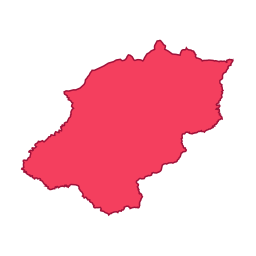 the district of Calvas, Loja, Ecuador, rotated 87°
{"feature_id": "8360857B77805583896778", "entity_name": "Calvas", "entity_type": "district", "adm_level": 2, "iso_a3": "ECU", "parent_name": "Ecuador", "parent_adm1": "Loja", "projection": "natural_earth1", "projection_center": [-79.585, -4.34], "detail": "fine", "context": "isolated", "style": "filled", "palette": "rose", "viewbox_px": 256, "rotation_deg": 87, "n_neighbors": 0, "source": "geoboundaries", "source_scale": "gbopen_adm2", "svg_char_len": 5843}
<svg xmlns="http://www.w3.org/2000/svg" viewBox="0 0 256 256"><g transform="rotate(87 128 128)"><path d="M123.9,33.5L122.0,33.7L120.7,35.0L120.0,34.8L119.5,36.0L118.2,35.4L117.4,36.7L116.0,35.8L114.4,36.0L113.8,39.0L113.2,38.5L112.8,36.4L111.9,36.0L111.3,35.3L110.4,35.2L109.9,35.5L110.0,38.3L109.3,38.6L108.3,37.9L107.6,35.9L106.8,36.1L105.7,35.6L105.1,34.4L104.1,34.4L102.0,32.5L99.9,33.0L97.9,31.7L96.7,32.5L95.5,31.1L94.6,31.8L91.9,31.9L91.1,32.6L89.9,31.9L88.8,33.2L87.8,33.9L85.5,33.8L84.9,33.2L84.2,31.8L83.2,31.0L80.4,30.9L79.1,30.3L78.0,29.2L77.2,27.3L75.4,26.5L73.3,24.7L72.6,25.1L72.0,24.9L71.3,24.2L70.6,21.9L69.3,21.9L66.3,19.7L65.6,19.8L66.1,20.3L65.2,21.0L65.1,22.4L64.8,22.9L65.6,25.7L66.8,26.1L67.9,25.5L66.3,27.9L66.4,30.8L66.1,31.2L66.1,32.8L66.5,33.4L65.4,36.9L65.6,38.0L65.0,39.4L64.4,43.7L64.6,45.2L64.5,48.9L64.9,50.4L64.0,50.9L62.9,52.2L61.8,54.9L61.6,56.0L60.1,56.9L58.3,56.4L57.8,57.1L56.4,57.5L56.1,58.1L55.0,58.2L54.5,58.9L54.2,60.3L53.5,61.0L53.1,63.4L52.3,64.7L51.1,65.5L52.0,65.8L52.9,66.9L52.7,68.9L53.4,70.3L55.9,71.6L58.0,72.2L57.0,76.1L56.5,79.8L53.2,83.9L51.3,87.2L48.1,86.3L47.6,86.6L46.6,88.2L45.3,88.8L42.5,90.9L42.2,91.5L42.6,93.1L42.6,94.3L47.0,97.0L48.2,97.3L50.9,97.3L52.2,100.8L54.0,103.0L55.0,105.2L58.9,107.9L60.5,108.6L61.8,109.7L60.7,111.6L60.3,113.9L60.3,115.2L60.9,117.6L60.3,118.6L57.3,120.0L55.9,121.5L55.5,122.0L55.0,123.8L56.8,125.2L58.7,126.1L59.1,126.8L60.2,127.9L60.2,128.9L60.5,129.6L60.3,130.7L59.0,132.0L59.5,136.2L61.0,139.0L62.2,144.2L64.8,148.9L68.7,158.6L68.5,160.9L69.4,161.3L70.5,162.5L73.3,164.1L74.9,165.7L75.6,166.0L77.7,168.0L80.1,168.4L82.1,169.5L85.6,173.7L87.2,178.1L87.1,180.7L88.0,185.1L87.7,187.9L88.6,189.8L89.0,189.5L89.7,189.9L90.9,189.5L92.5,187.1L93.1,186.9L93.8,187.2L94.3,187.0L94.9,185.4L96.4,186.2L96.7,186.1L97.0,185.0L98.0,183.6L99.4,182.9L100.1,181.8L102.4,183.0L103.5,183.2L105.5,181.4L106.5,182.8L108.7,184.0L109.8,184.2L111.3,184.1L112.1,184.8L113.0,184.6L114.1,185.2L115.1,186.5L119.1,188.6L119.1,190.0L119.8,191.2L120.8,191.4L121.6,191.1L122.1,191.4L122.3,191.7L122.2,192.6L121.6,192.9L121.5,193.4L121.8,193.7L122.5,193.4L123.1,193.8L122.9,194.3L123.2,195.0L124.0,194.7L124.4,195.1L125.0,194.6L126.1,194.3L127.3,194.6L126.6,196.8L127.6,197.2L128.7,197.0L129.0,197.2L128.0,200.5L130.1,201.7L130.8,201.4L131.5,201.5L131.4,203.1L130.8,204.5L131.0,205.4L131.8,205.5L132.5,206.0L132.7,207.6L134.1,208.5L137.4,212.4L137.3,212.9L136.2,214.0L137.2,216.8L136.7,217.5L136.6,218.2L138.0,219.0L139.2,221.3L139.7,221.7L140.5,221.8L141.9,220.5L143.3,222.4L142.8,224.3L143.1,224.9L144.0,224.6L144.8,223.7L145.4,224.1L145.7,224.7L145.2,226.5L145.9,227.8L146.5,228.2L146.9,228.1L147.0,227.1L147.5,226.5L148.5,226.4L150.1,227.0L152.0,227.4L152.2,228.3L152.7,229.1L154.7,230.4L155.1,231.1L154.6,233.4L154.9,234.2L156.1,234.3L157.3,233.7L158.4,234.3L161.2,234.3L161.6,234.0L162.4,234.5L162.7,236.0L163.5,236.3L164.6,233.7L166.4,234.3L166.7,233.3L166.1,233.2L166.0,232.6L166.4,231.8L166.8,231.7L167.0,232.4L167.6,232.1L169.0,230.8L169.7,228.8L170.3,229.0L170.5,228.7L170.2,228.7L170.3,228.1L171.2,227.5L170.6,226.4L170.7,226.0L172.4,226.0L173.2,224.5L174.0,224.1L173.9,223.8L173.1,223.3L173.1,221.8L173.3,221.4L174.1,221.0L173.8,219.0L174.1,218.3L174.7,218.0L175.4,218.5L176.6,216.3L179.5,214.6L180.7,212.7L181.3,212.5L181.6,213.3L182.5,210.9L182.8,210.7L183.6,211.1L184.3,211.0L184.8,209.7L185.4,209.1L185.2,207.1L184.7,206.2L184.8,204.3L183.1,203.7L183.0,203.3L183.7,202.7L182.7,201.8L183.1,201.1L184.0,200.7L182.7,198.2L182.8,197.0L182.5,196.7L183.2,194.7L182.1,194.4L181.9,194.1L182.0,192.5L182.3,192.4L182.8,193.3L183.9,190.9L182.9,191.0L182.9,189.5L181.7,188.7L181.4,187.8L182.0,183.1L183.1,180.6L184.7,179.9L186.1,180.1L186.7,179.5L188.1,178.9L189.7,177.3L191.3,176.5L192.9,176.3L193.6,177.1L194.7,175.7L195.6,175.4L194.9,173.8L195.4,173.1L196.5,172.7L197.0,171.9L197.6,171.9L197.8,170.0L199.2,170.1L199.9,169.5L200.9,167.6L203.0,166.7L203.5,166.0L204.6,166.4L205.5,166.1L206.0,165.2L205.8,163.3L206.0,162.5L205.9,159.7L207.6,158.9L208.5,159.7L209.2,159.5L210.0,156.6L211.2,155.3L212.1,153.2L212.8,152.1L213.8,151.8L212.4,150.0L212.5,149.2L212.0,148.7L211.2,146.4L211.0,144.0L211.9,142.6L211.1,142.2L210.2,140.9L210.7,139.1L209.5,138.4L209.6,137.2L209.1,136.6L208.1,136.0L206.9,135.9L206.0,133.4L206.2,131.8L207.0,131.2L207.4,130.4L208.5,130.1L207.8,128.0L207.5,125.3L207.9,124.3L207.7,122.7L208.1,122.5L208.2,121.6L207.9,121.2L205.6,120.3L204.9,120.6L204.2,120.3L203.6,120.5L202.1,119.9L200.3,118.8L199.7,118.8L197.3,117.2L195.8,118.1L195.2,117.9L194.0,118.9L194.3,120.0L193.6,120.3L192.9,120.0L190.5,120.9L190.2,120.4L189.5,121.0L188.7,120.8L188.1,121.4L187.1,121.7L186.2,120.8L184.8,120.6L183.6,122.0L182.8,122.5L181.5,122.3L180.6,120.8L179.1,119.2L179.0,118.6L179.5,116.9L179.4,114.6L177.5,113.3L176.9,110.6L176.5,110.3L176.8,108.7L176.2,107.0L175.1,106.7L174.7,106.3L174.3,106.4L173.8,105.0L174.2,103.9L174.4,101.8L173.3,98.8L172.6,97.8L171.6,97.0L166.9,95.7L165.9,94.1L165.6,92.8L165.7,91.9L166.0,91.3L165.1,89.3L164.9,86.3L165.4,85.0L164.5,83.1L164.4,81.8L163.6,80.7L162.4,80.2L161.4,78.8L160.4,78.5L159.5,77.4L155.8,76.1L155.5,75.2L154.6,74.2L154.5,72.2L153.8,71.2L152.9,71.0L152.0,71.8L151.0,71.8L150.9,73.1L150.6,73.1L150.2,73.7L149.1,73.7L147.5,74.7L146.3,74.7L145.6,75.5L144.0,74.7L141.4,75.3L140.9,74.3L138.5,74.5L137.1,74.0L136.7,73.4L136.8,71.8L135.4,70.6L135.2,69.2L135.7,68.0L135.5,67.1L136.5,67.0L137.2,64.2L136.7,63.7L136.8,62.6L136.3,61.8L136.5,61.2L136.2,60.5L136.3,59.7L135.1,57.7L135.2,56.2L134.5,54.9L135.4,54.5L135.5,52.6L136.1,51.9L135.1,51.1L134.2,49.5L133.9,48.2L133.3,47.3L133.3,45.9L132.3,44.3L132.0,43.1L131.7,42.9L131.1,43.5L130.6,43.4L130.4,42.7L130.6,41.3L129.1,41.3L128.7,39.6L128.1,39.4L127.5,38.5L126.4,38.5L126.1,37.6L125.0,37.4L124.3,35.5L123.6,34.7L123.9,33.5Z" fill="#f43f5e" stroke="#9f1239" stroke-width="1.5"/></g></svg>